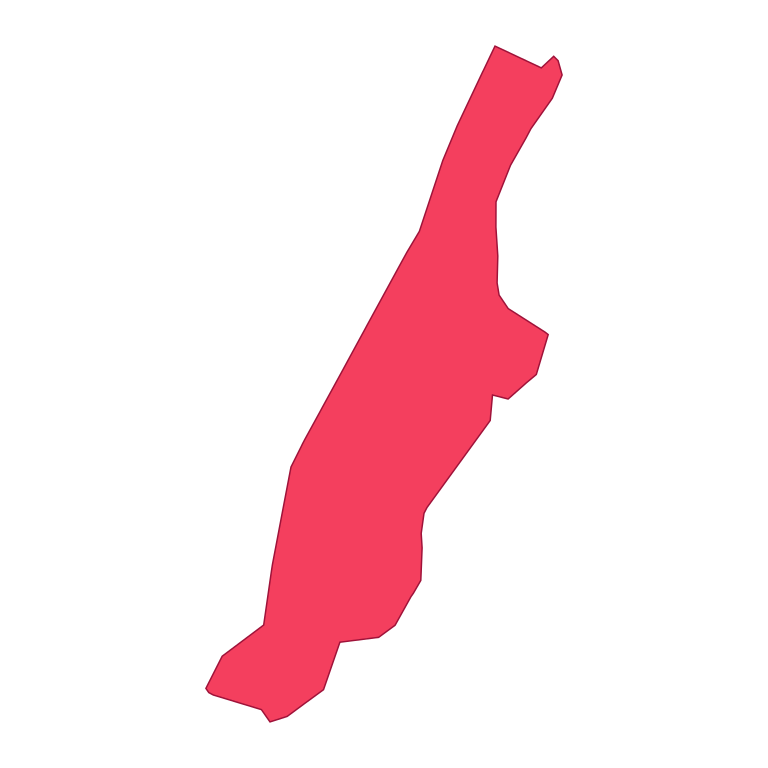 New York, New York, United States of America (Mercator projection)
{"feature_id": "52423323B68557587713523", "entity_name": "New York", "entity_type": "district", "adm_level": 2, "iso_a3": "USA", "parent_name": "United States of America", "parent_adm1": "New York", "projection": "mercator", "projection_center": [-73.969, 40.781], "detail": "fine", "context": "isolated", "style": "filled", "palette": "rose", "viewbox_px": 768, "rotation_deg": 0, "n_neighbors": 0, "source": "geoboundaries", "source_scale": "gbopen_adm2", "svg_char_len": 928}
<svg xmlns="http://www.w3.org/2000/svg" viewBox="0 0 768 768"><path d="M548.2,334.6L545.3,332.3L508.2,308.6L499.1,295.1L497.1,282.9L497.8,256.1L495.9,227.1L496.0,201.8L510.5,165.3L526.0,138.0L530.9,128.7L552.3,98.3L562.1,75.0L558.1,60.7L553.7,56.3L541.3,67.9L495.0,46.1L483.2,70.9L483.0,71.2L457.3,125.6L442.8,160.5L419.4,231.3L407.3,251.6L407.0,252.1L402.0,261.2L399.0,266.7L367.0,325.4L364.8,329.5L356.3,345.1L341.7,372.0L322.4,407.3L320.2,411.4L304.9,439.3L302.7,443.5L301.0,447.0L291.0,467.0L283.0,508.9L275.8,546.9L272.5,564.2L272.4,564.8L271.4,571.4L263.7,625.0L222.2,656.2L205.9,688.4L208.8,692.6L213.3,695.0L261.4,709.6L270.0,721.9L287.2,716.4L304.6,703.5L323.5,689.7L339.9,642.2L378.7,637.3L395.1,625.2L411.0,596.6L413.4,593.2L420.8,580.4L422.1,547.9L421.2,533.4L424.0,513.3L427.0,507.5L490.2,420.5L492.5,395.0L508.1,399.0L526.5,382.7L536.3,374.5L548.2,334.6Z" fill="#f43f5e" stroke="#9f1239" stroke-width="1.5"/></svg>